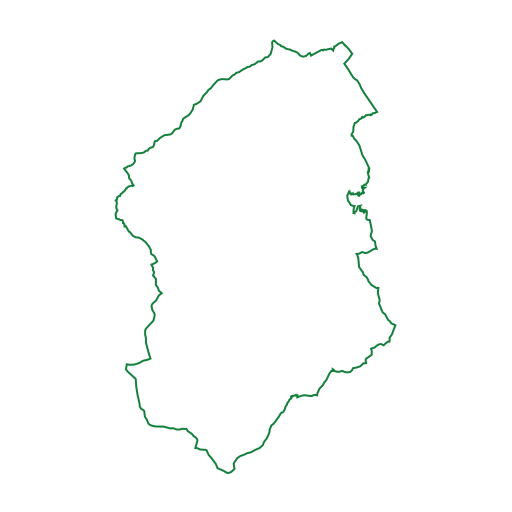 the district of Balcani, Bacau, Romania, rotated 273°
{"feature_id": "2599482B16052251783931", "entity_name": "Balcani", "entity_type": "district", "adm_level": 2, "iso_a3": "ROU", "parent_name": "Romania", "parent_adm1": "Bacau", "projection": "equal_earth", "projection_center": [26.5, 46.643], "detail": "fine", "context": "isolated", "style": "outline", "palette": "green", "viewbox_px": 512, "rotation_deg": 273, "n_neighbors": 0, "source": "geoboundaries", "source_scale": "gbopen_adm2", "svg_char_len": 6110}
<svg xmlns="http://www.w3.org/2000/svg" viewBox="0 0 512 512"><g transform="rotate(273 256 256)"><path d="M350.5,364.0L358.2,359.8L362.0,357.1L371.9,353.4L376.7,349.9L377.9,348.2L381.0,346.4L381.1,345.2L382.4,345.1L385.4,346.6L390.0,346.6L394.0,347.7L394.3,348.7L396.2,351.0L397.8,351.8L399.0,354.3L400.1,354.5L400.5,355.0L400.0,356.2L400.7,357.2L402.3,358.3L402.3,359.3L402.9,360.6L402.8,361.8L403.2,362.6L402.7,362.8L402.6,363.3L403.6,364.6L404.6,364.9L405.1,367.4L406.2,369.4L424.4,355.5L429.3,352.2L432.9,350.5L436.8,347.7L437.8,345.6L439.7,343.5L447.7,338.0L452.7,334.1L457.4,338.1L463.0,341.5L467.3,338.0L471.6,333.5L471.4,333.4L474.1,330.8L472.2,327.3L469.4,324.0L469.3,323.2L467.6,323.1L467.1,322.6L465.2,322.3L467.1,320.1L465.6,315.1L465.6,312.8L464.8,312.1L465.3,311.2L465.2,310.6L459.0,300.4L461.5,299.3L460.8,297.8L458.4,295.5L457.5,292.6L458.5,289.5L461.1,287.0L462.2,284.4L463.0,281.1L463.9,279.4L464.1,277.5L464.7,274.9L466.5,272.2L466.7,270.3L467.9,269.2L468.9,266.7L472.1,262.8L471.6,261.9L470.2,260.9L465.3,261.5L458.7,260.1L455.5,257.6L455.0,256.5L454.9,255.0L451.3,251.7L450.4,249.8L450.4,247.9L447.5,244.7L446.8,243.1L446.6,241.9L444.9,240.2L444.3,237.6L443.2,236.3L442.1,233.9L438.7,229.3L437.8,226.7L436.1,225.1L435.2,223.3L431.5,220.1L430.8,218.2L430.9,213.7L430.6,211.4L429.4,208.5L424.1,204.1L421.3,202.3L419.4,199.8L417.0,198.4L413.1,195.0L407.6,192.5L405.1,189.2L403.7,186.1L399.1,185.2L395.1,183.0L392.9,181.2L390.6,177.7L388.9,175.9L387.2,175.5L385.1,174.4L381.5,173.8L379.6,172.8L379.1,171.9L378.9,170.2L377.8,168.2L373.8,165.6L373.4,164.9L372.9,164.0L371.8,158.1L368.7,153.8L365.9,151.3L365.3,149.0L364.0,148.6L362.4,148.6L359.6,147.6L358.4,144.6L357.1,143.1L355.5,142.3L355.4,140.7L353.7,138.8L353.2,137.6L352.7,135.6L352.3,131.1L351.9,130.3L349.1,129.6L346.9,129.5L344.4,130.3L341.6,128.7L339.9,126.7L338.7,123.0L337.6,122.2L337.2,120.6L336.4,119.7L330.9,124.3L329.9,124.8L327.1,125.2L324.9,127.3L321.9,128.7L320.1,130.1L319.4,129.3L319.9,128.8L318.9,125.5L317.8,124.0L316.9,123.4L316.7,122.7L314.9,121.9L313.3,120.6L313.1,120.1L311.4,118.7L311.2,118.1L310.5,117.5L308.8,117.1L308.7,116.2L307.5,114.4L306.1,114.3L304.9,113.6L304.7,113.9L304.0,113.2L303.7,113.8L301.2,114.3L298.2,113.8L295.9,114.2L294.2,115.3L292.9,114.4L290.6,113.6L286.2,114.4L285.5,117.3L284.7,118.9L284.9,120.1L284.6,121.0L282.2,121.4L282.3,121.8L280.9,122.9L278.6,123.2L279.0,124.4L273.7,127.8L273.3,128.8L269.7,132.0L268.3,135.0L268.3,137.6L266.6,141.7L265.4,143.0L264.1,145.0L260.0,148.6L256.5,150.7L254.0,150.8L252.4,151.4L251.1,153.9L250.0,155.0L245.4,157.6L243.9,155.9L242.1,152.6L242.1,152.0L241.8,151.9L238.9,153.9L236.6,153.8L234.5,155.1L231.1,154.2L230.7,155.0L230.1,155.1L227.8,157.3L221.9,157.5L219.5,159.5L216.2,160.9L213.9,163.8L211.5,161.0L206.1,158.4L203.2,155.3L201.4,154.4L200.5,154.3L196.7,155.3L193.1,157.7L191.1,157.9L186.0,156.9L177.7,149.9L175.9,149.2L171.6,149.4L168.8,150.3L163.6,150.7L153.8,153.8L148.0,156.0L146.4,152.2L145.5,148.7L143.0,144.9L141.2,140.2L140.7,134.9L141.1,132.7L136.9,132.1L135.7,132.3L133.9,133.9L126.9,142.3L119.1,143.3L110.6,145.1L102.7,147.4L99.7,147.8L97.6,149.1L95.9,152.0L95.3,152.5L89.9,153.4L86.7,155.6L82.9,157.4L81.6,159.3L80.7,162.9L80.5,165.8L80.8,172.8L79.3,179.6L79.7,182.2L78.6,185.9L78.7,188.8L79.5,190.7L79.7,195.5L77.5,197.1L75.2,201.0L72.6,203.5L71.4,205.6L70.0,206.8L68.6,207.2L61.1,205.5L60.9,207.9L59.8,210.3L59.8,215.5L59.4,216.8L54.8,219.2L52.0,222.0L46.2,226.8L42.1,228.7L40.0,234.3L37.9,238.6L37.9,240.0L39.0,242.5L42.2,245.7L45.8,244.8L47.8,244.7L53.0,247.7L55.4,250.8L57.1,254.8L58.5,257.3L59.6,261.0L62.5,265.7L64.4,269.6L67.5,272.7L70.8,273.8L74.3,276.2L77.9,277.7L81.4,278.8L82.9,278.6L87.6,280.2L88.9,281.9L91.0,283.5L96.9,287.3L100.3,289.0L101.7,291.4L104.5,292.8L107.3,293.4L109.3,294.7L110.6,294.9L112.9,296.5L114.6,297.1L115.4,298.6L117.6,298.4L118.2,299.4L117.6,299.9L118.4,300.9L119.3,303.2L118.7,303.4L119.1,304.6L117.0,304.7L118.6,308.1L119.5,311.4L119.0,318.3L119.4,319.8L120.2,320.8L120.4,321.6L120.0,324.3L122.1,324.5L126.9,326.4L130.7,329.7L133.0,330.5L135.7,332.7L142.5,335.5L144.1,336.5L145.1,337.2L145.2,338.7L147.0,338.5L146.1,339.9L145.2,340.4L144.7,343.2L144.6,344.6L145.8,348.3L145.1,349.6L144.7,351.7L144.6,353.9L145.2,356.3L147.0,357.9L149.0,358.7L150.1,362.9L151.4,366.0L154.4,368.8L154.7,371.5L157.7,370.9L159.1,371.2L163.3,376.6L166.7,376.7L169.5,375.8L170.9,379.4L172.8,381.2L174.4,384.0L174.6,385.5L173.5,388.2L175.5,390.0L177.3,392.2L177.5,393.8L181.7,393.8L184.7,395.8L194.2,398.8L195.7,394.8L197.6,393.3L199.2,391.2L204.7,387.9L206.0,385.8L206.9,385.1L215.3,381.2L216.8,381.7L218.7,381.8L225.1,379.6L230.5,379.9L230.3,378.0L233.1,372.8L236.7,369.6L238.3,369.1L240.8,367.4L242.7,364.6L245.7,363.5L246.2,362.8L250.5,359.5L259.0,358.3L262.0,357.2L263.3,356.4L263.6,358.4L264.6,360.5L265.4,361.4L265.4,362.3L264.7,364.6L264.8,366.1L265.5,367.8L269.1,373.2L269.2,374.0L269.7,374.8L269.5,376.1L271.2,375.6L271.6,375.1L276.8,374.0L278.2,371.6L281.7,369.5L283.0,369.5L287.1,370.5L297.6,367.8L298.0,367.6L297.9,365.8L298.6,364.4L300.0,364.1L304.8,364.5L306.9,364.1L307.0,363.7L306.7,363.5L307.2,362.9L305.1,362.0L304.9,361.3L305.6,361.1L307.4,362.2L307.4,361.3L307.0,359.8L306.3,359.5L306.3,359.1L307.5,359.5L307.4,359.0L307.8,358.9L307.3,358.2L306.5,358.0L306.8,357.5L308.0,357.8L308.2,357.1L308.5,357.0L310.0,357.6L310.6,357.0L311.6,357.6L310.8,355.1L307.3,354.2L305.7,353.4L305.3,352.1L303.8,352.1L304.0,351.1L307.7,351.0L311.0,351.8L311.0,350.7L311.8,348.1L315.2,345.9L316.0,345.0L320.9,343.9L324.6,345.4L323.7,345.7L323.7,346.1L324.4,346.4L323.2,346.8L322.4,347.9L322.6,348.5L323.4,348.5L323.3,349.5L323.5,349.6L322.6,350.2L323.2,353.0L323.8,353.6L323.7,354.2L324.9,354.9L324.8,355.8L322.9,355.5L322.9,354.9L322.3,354.7L321.9,354.8L321.4,355.7L323.0,356.9L323.3,357.8L324.4,358.3L324.6,359.0L324.2,359.9L324.8,360.5L326.7,359.1L327.7,359.5L328.4,359.3L329.8,361.0L329.6,358.3L331.1,358.1L331.7,359.7L332.9,360.5L332.8,362.0L333.5,362.0L335.8,363.9L340.4,364.5L340.4,364.8L345.2,363.2L345.9,363.5L345.9,364.3L348.5,364.5L348.1,363.9L350.5,364.0Z" fill="none" stroke="#15803d" stroke-width="2"/></g></svg>